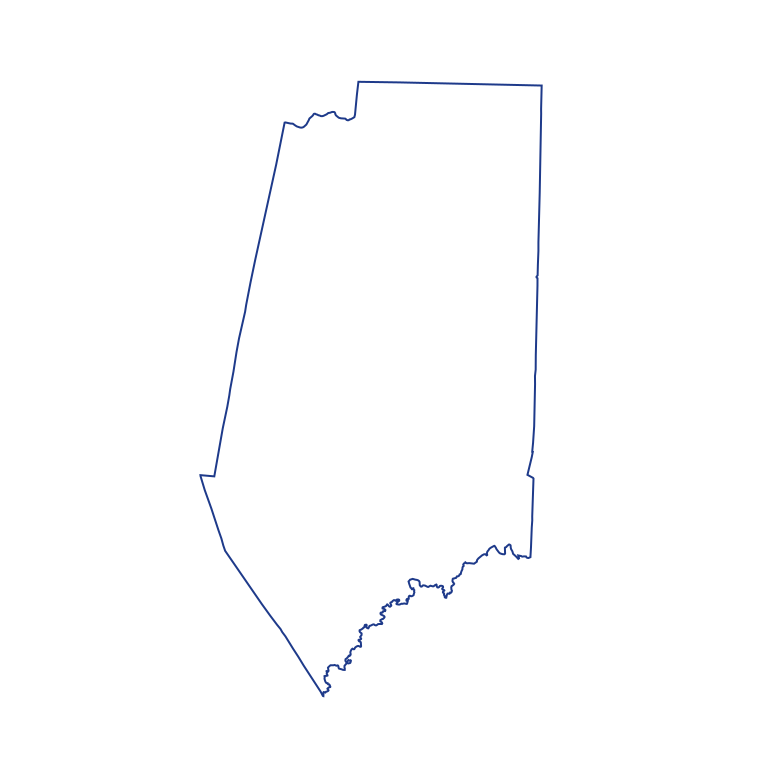 the district of Mirosi, Arges, Romania, rotated 98°
{"feature_id": "2599482B53373185835128", "entity_name": "Mirosi", "entity_type": "district", "adm_level": 2, "iso_a3": "ROU", "parent_name": "Romania", "parent_adm1": "Arges", "projection": "natural_earth1", "projection_center": [24.956, 44.405], "detail": "fine", "context": "isolated", "style": "outline", "palette": "blue", "viewbox_px": 768, "rotation_deg": 98, "n_neighbors": 0, "source": "geoboundaries", "source_scale": "gbopen_adm2", "svg_char_len": 6160}
<svg xmlns="http://www.w3.org/2000/svg" viewBox="0 0 768 768"><g transform="rotate(98 384 384)"><path d="M500.7,552.9L513.9,546.8L531.4,537.6L551.8,527.6L559.7,523.5L566.4,520.6L571.3,518.1L619.0,474.3L629.3,464.4L637.3,456.4L641.0,452.4L643.9,450.2L647.6,446.5L658.8,437.2L665.9,431.0L674.2,424.2L697.5,403.9L701.4,401.1L701.5,400.6L700.2,400.7L698.4,401.1L697.5,400.9L697.4,400.6L697.6,400.0L697.7,399.1L696.9,398.7L696.3,397.4L695.7,396.6L695.2,396.3L694.7,396.5L693.7,397.6L693.2,397.4L692.1,396.2L691.6,395.1L691.0,395.1L690.4,395.8L689.9,395.7L689.1,396.5L689.1,397.6L688.7,398.0L688.1,398.2L688.2,399.2L687.7,400.0L686.4,400.9L684.2,401.9L682.8,401.9L681.6,402.3L681.2,401.6L681.0,400.3L680.6,399.4L680.3,399.4L678.8,400.4L678.2,400.5L677.4,400.0L677.2,400.1L676.6,400.9L676.3,400.9L676.2,400.1L676.5,399.4L675.8,399.0L672.7,400.0L672.2,399.7L670.3,398.2L669.9,397.6L669.6,395.0L669.1,393.8L669.6,392.0L669.1,390.7L669.3,390.3L669.8,389.9L671.3,389.5L672.1,388.9L672.4,386.5L672.8,384.7L672.6,383.1L671.3,383.2L670.2,383.7L668.6,383.9L665.7,382.1L665.5,381.7L665.7,380.5L665.1,378.9L664.8,378.6L663.6,378.3L662.5,378.3L662.2,378.7L662.7,379.8L662.3,380.8L664.8,382.0L664.8,382.6L663.5,383.7L661.9,383.8L660.5,382.4L659.7,382.0L658.8,381.3L658.3,381.2L658.2,380.4L657.5,380.4L657.3,379.6L657.0,379.5L656.2,379.4L654.4,380.0L653.4,379.9L651.4,379.2L650.5,378.4L650.9,377.2L650.7,376.5L649.0,375.9L647.7,374.6L647.0,373.3L647.0,372.5L647.5,371.2L647.5,370.5L647.3,370.3L646.8,370.2L643.1,371.0L642.7,371.3L642.3,372.7L641.9,373.2L641.2,373.6L640.7,373.2L640.5,372.0L639.7,371.2L639.3,371.2L637.8,372.4L635.7,371.3L634.1,371.5L633.0,373.3L632.2,373.8L631.3,373.9L630.9,373.5L630.5,372.6L628.9,370.8L628.3,370.6L627.7,369.7L625.6,369.5L625.2,369.3L625.0,368.7L624.8,368.2L624.9,367.8L625.8,367.5L627.2,367.7L627.6,367.3L628.1,366.4L628.1,365.5L625.5,364.6L625.2,363.7L623.8,361.7L623.5,361.0L623.5,360.4L624.0,359.6L624.2,358.3L623.4,357.2L622.6,356.5L622.3,355.2L622.0,352.7L621.3,352.4L620.4,352.9L619.6,354.4L619.3,354.7L618.3,354.7L617.0,353.0L616.8,352.3L615.5,351.3L614.7,351.0L614.2,351.2L613.6,352.0L612.7,354.9L612.2,355.4L611.4,355.6L610.7,355.1L610.6,354.8L610.7,354.0L610.3,353.5L609.2,353.3L609.0,353.0L608.7,351.3L607.7,351.1L607.2,351.6L606.8,352.5L606.5,354.2L606.3,354.3L605.4,354.3L605.1,354.0L604.5,352.5L603.6,351.1L601.8,350.2L601.8,349.9L603.4,348.1L603.7,347.5L603.7,347.0L602.6,346.0L602.1,346.0L600.1,347.3L599.5,347.1L598.7,345.8L597.6,345.2L596.6,344.0L596.7,343.3L597.1,341.8L596.9,341.4L596.6,341.2L596.0,341.6L595.8,341.4L595.4,340.2L595.4,339.5L595.6,339.0L596.0,338.8L596.6,338.8L597.3,339.6L599.4,341.0L600.0,341.1L600.3,340.7L600.4,339.0L600.2,337.8L599.1,336.0L599.1,335.0L598.5,333.5L598.6,331.4L598.6,330.8L598.4,330.6L595.3,330.2L595.2,330.3L595.5,331.4L595.4,331.6L594.4,331.7L593.8,331.4L593.5,330.8L593.5,329.9L593.3,329.6L591.4,329.9L590.3,329.5L590.1,329.1L590.1,328.6L590.4,327.9L590.3,327.0L589.3,325.6L588.9,325.3L587.3,325.2L586.1,324.9L585.0,325.4L583.9,325.3L583.0,326.2L582.2,326.5L582.4,327.0L583.3,327.4L583.4,327.6L583.3,327.9L582.5,328.4L581.9,329.4L578.2,331.3L576.1,332.2L575.0,331.4L574.2,331.0L573.0,328.5L573.4,325.5L573.4,324.2L573.7,322.8L574.3,321.8L575.1,321.2L578.2,320.6L578.9,320.0L579.5,319.1L579.3,318.4L578.1,317.5L577.9,317.0L577.9,315.3L578.8,312.7L578.8,311.9L577.3,310.0L577.6,307.3L577.4,306.7L576.1,305.5L575.3,304.3L575.5,304.0L577.1,303.6L578.0,302.8L578.0,302.3L577.9,301.8L577.4,301.2L576.2,300.5L576.0,300.1L575.8,298.8L576.0,297.7L576.3,297.4L577.2,297.2L578.3,297.8L578.8,297.9L579.4,297.3L579.6,296.1L579.9,295.6L580.1,295.5L581.6,296.7L582.3,296.6L582.4,296.1L583.2,295.3L584.5,295.3L585.0,294.6L586.6,294.2L586.9,293.9L587.1,293.1L587.0,292.6L584.0,292.4L582.7,291.9L582.5,291.0L582.7,290.3L582.5,289.9L582.0,289.9L581.4,289.6L581.5,288.9L581.1,288.8L580.7,288.2L579.8,288.0L579.1,288.0L578.3,288.6L576.0,289.1L575.2,289.0L574.7,288.9L574.4,288.4L572.9,287.0L572.2,286.7L571.6,287.3L571.0,287.5L570.6,288.2L569.6,288.8L567.5,288.8L567.0,288.4L566.8,287.4L566.3,286.6L566.1,285.8L564.4,285.0L564.3,284.2L563.3,282.9L562.0,282.6L561.9,282.1L561.4,281.5L560.0,281.5L558.1,281.1L556.8,280.6L554.9,280.7L553.9,280.5L553.4,279.9L553.0,279.8L551.7,280.4L550.6,279.9L549.9,278.8L549.3,278.6L549.9,277.5L550.0,276.9L549.5,274.6L549.4,269.8L547.0,267.3L546.1,267.4L545.1,267.2L543.5,266.2L539.9,262.9L538.7,261.2L538.5,260.0L539.4,258.5L539.1,258.1L538.9,258.0L537.4,258.6L535.5,258.3L534.1,257.4L532.5,256.7L531.2,255.4L529.1,252.6L528.9,252.3L529.0,251.9L530.5,250.5L531.9,249.6L534.9,246.6L535.6,245.4L536.0,243.1L535.9,241.2L535.5,240.7L535.0,240.5L529.4,241.5L529.1,241.4L528.5,240.3L527.5,239.7L525.6,238.0L525.5,237.6L525.7,236.9L526.2,236.2L528.5,235.7L529.9,235.1L531.8,233.6L534.2,232.5L536.3,229.4L538.5,226.7L537.8,226.0L535.1,227.2L535.3,224.1L535.6,223.6L535.7,223.0L535.3,221.7L535.0,219.4L535.8,218.8L536.2,218.0L536.2,216.7L535.1,214.9L525.4,215.7L505.6,217.7L498.4,218.2L494.5,218.8L456.8,222.8L456.2,223.4L454.0,229.3L435.8,227.5L430.5,227.2L430.5,227.8L421.4,228.2L405.0,229.4L363.1,234.4L355.1,235.6L348.6,235.8L334.3,237.7L265.3,245.7L258.0,246.7L257.8,246.8L257.3,247.7L256.9,247.9L256.5,247.9L255.1,247.0L244.6,248.2L230.8,249.6L222.2,250.8L173.1,256.4L94.4,266.0L89.8,266.7L66.5,269.4L83.2,410.8L88.3,451.4L101.0,451.1L121.4,450.2L123.9,450.5L125.6,452.6L126.6,454.1L126.8,454.9L127.6,455.6L127.9,456.4L127.7,457.8L126.8,458.9L126.6,459.4L126.9,463.5L126.7,465.5L126.4,466.2L124.8,468.8L123.9,469.6L122.7,470.0L121.8,470.7L121.6,471.3L121.7,472.6L121.9,473.4L122.9,475.2L123.4,476.9L124.9,478.3L126.9,481.3L127.4,482.6L127.5,483.9L127.1,485.0L127.0,486.3L126.5,487.7L126.4,488.8L126.0,489.6L126.0,490.3L126.2,490.9L126.5,491.2L127.3,491.5L128.4,492.1L131.5,494.8L133.1,495.2L137.9,497.0L140.5,499.2L141.1,500.0L141.6,501.2L141.7,502.7L141.1,506.1L140.3,507.9L139.1,510.1L138.9,510.6L139.1,512.9L138.7,518.0L139.0,518.8L181.7,521.3L278.8,528.8L301.6,530.3L324.8,531.5L331.8,531.6L359.0,533.9L373.1,534.5L392.8,534.8L410.5,535.6L416.9,535.6L428.2,536.0L450.2,537.5L499.1,539.2L499.8,553.1L500.7,552.9Z" fill="none" stroke="#1e3a8a" stroke-width="2"/></g></svg>